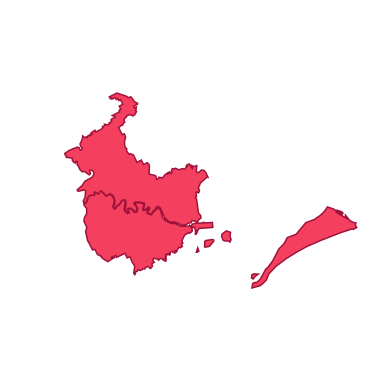 outline of Brisbane, Queensland, Australia, rotated 54°
{"feature_id": "25037944B26487143019559", "entity_name": "Brisbane", "entity_type": "district", "adm_level": 2, "iso_a3": "AUS", "parent_name": "Australia", "parent_adm1": "Queensland", "projection": "mercator", "projection_center": [153.061, -27.341], "detail": "fine", "context": "isolated", "style": "filled", "palette": "rose", "viewbox_px": 384, "rotation_deg": 54, "n_neighbors": 0, "source": "geoboundaries", "source_scale": "gbopen_adm2", "svg_char_len": 6030}
<svg xmlns="http://www.w3.org/2000/svg" viewBox="0 0 384 384"><g transform="rotate(54 192 192)"><path d="M189.5,170.4L184.2,169.4L181.4,169.7L179.7,171.6L180.1,174.5L179.3,176.4L177.7,176.3L173.5,172.6L172.3,175.8L171.2,176.3L172.9,177.9L170.7,177.9L170.0,176.8L169.1,177.8L167.6,177.8L167.1,180.9L168.1,181.6L167.9,180.1L168.5,180.6L169.1,184.8L167.6,185.7L166.3,189.6L163.1,191.4L162.4,193.6L161.7,193.9L161.8,194.9L162.8,196.1L164.3,196.5L164.8,197.7L164.5,198.4L162.6,198.1L162.3,200.1L163.2,200.2L163.0,201.5L162.2,201.4L162.2,204.0L163.3,207.5L160.6,210.1L161.4,211.0L161.1,213.2L157.4,211.8L152.3,216.1L145.1,210.6L142.0,210.9L141.4,215.0L136.3,214.2L135.7,219.1L127.7,217.6L124.8,219.3L124.7,220.8L120.4,220.8L118.7,219.4L116.4,219.7L114.6,219.0L111.3,216.8L108.7,213.5L105.2,212.5L104.3,214.8L96.9,213.5L96.5,210.4L97.2,208.9L95.9,206.9L96.1,205.4L94.0,204.7L92.6,202.6L92.9,201.2L92.0,200.0L92.9,196.7L95.8,194.9L95.8,192.8L94.3,189.6L93.4,189.8L90.6,187.2L90.3,189.0L88.4,188.7L88.9,184.4L88.3,183.8L85.3,185.4L79.1,185.5L78.3,188.0L76.1,188.7L67.8,194.6L66.4,203.0L68.5,203.3L68.7,202.1L69.8,202.2L70.4,198.6L72.7,198.9L72.9,197.2L75.0,197.5L75.3,195.6L80.4,196.4L79.8,200.4L83.4,201.0L83.1,203.1L84.6,203.4L83.3,211.5L86.1,209.8L86.6,211.0L85.7,213.0L86.0,215.2L87.9,215.5L87.4,218.4L88.2,218.5L88.1,220.8L85.9,222.8L86.9,222.9L86.4,226.0L87.5,226.2L87.9,228.4L86.9,234.5L85.0,234.2L84.9,234.8L84.9,239.0L86.4,238.6L85.8,240.1L86.6,240.3L86.4,241.6L85.7,241.5L85.4,242.7L86.3,244.6L85.4,244.4L84.9,246.9L82.4,247.3L85.3,250.5L87.1,254.1L89.1,255.2L92.2,255.2L92.9,256.8L92.3,257.9L89.8,257.3L88.2,258.5L86.2,266.7L86.0,272.2L87.2,272.9L88.4,272.4L90.0,273.4L94.2,269.0L96.0,270.2L98.8,270.2L99.2,269.2L100.0,269.3L99.2,267.6L100.0,266.9L102.7,269.0L103.9,268.6L107.5,269.5L111.1,269.0L112.4,266.8L117.8,265.1L117.6,263.3L114.7,262.4L114.3,261.6L115.7,260.2L118.0,259.9L119.7,260.6L121.4,263.9L120.3,272.1L122.2,277.1L122.8,283.7L124.5,283.8L127.0,278.0L128.4,277.3L133.6,281.8L135.3,285.3L138.5,285.3L138.2,283.4L135.6,280.0L134.6,276.8L135.0,275.7L137.2,272.9L135.2,271.5L134.8,270.6L138.7,268.8L137.5,266.2L137.5,265.4L137.9,264.8L139.0,264.4L144.6,263.7L145.3,259.5L146.0,258.8L148.9,258.0L154.0,259.5L156.4,261.8L157.6,264.4L159.9,264.2L158.8,261.4L159.2,258.2L157.6,254.2L158.4,251.3L159.1,250.5L161.1,251.0L167.7,256.8L171.3,256.2L171.2,255.1L168.0,254.5L167.8,252.9L169.6,250.6L174.8,249.3L174.6,247.7L172.3,245.8L167.5,245.9L166.7,245.2L166.9,243.7L169.1,240.4L172.8,237.3L174.1,237.4L177.4,241.5L178.1,241.5L178.9,240.4L178.4,236.5L179.4,235.4L181.1,236.5L182.2,240.0L185.3,238.7L185.9,237.3L184.6,235.3L184.6,232.8L183.2,229.3L183.6,227.9L186.5,227.0L197.1,229.3L202.9,227.9L206.5,223.3L213.3,219.2L214.7,216.6L215.3,212.3L216.4,211.0L215.1,208.7L219.6,205.0L218.5,203.8L218.3,199.9L216.3,198.9L212.6,199.0L200.5,192.5L198.5,192.5L198.3,191.0L194.8,189.2L194.8,188.1L196.5,187.4L196.1,186.2L195.1,185.0L192.4,184.4L189.6,179.6L188.8,171.2L189.5,170.4ZM231.3,239.6L229.6,240.3L230.4,238.2L229.0,235.2L230.4,234.1L230.3,231.7L227.9,231.4L228.1,229.6L225.5,228.7L223.1,224.4L222.3,221.8L222.9,220.9L222.6,219.1L223.8,218.6L224.0,216.0L223.6,214.5L221.3,213.4L221.1,212.5L221.9,210.7L225.0,211.7L226.0,210.7L226.5,210.8L226.9,210.6L225.6,207.8L232.9,196.0L228.6,193.4L225.4,198.6L223.2,200.7L223.8,201.1L219.7,206.9L218.3,210.2L218.7,212.7L220.7,212.3L220.7,213.5L217.7,213.6L218.1,214.1L213.1,221.4L207.5,224.3L204.8,227.6L199.8,230.3L195.3,230.9L188.6,228.3L184.9,228.4L185.5,235.1L186.7,238.2L183.1,240.9L181.2,239.9L179.7,236.2L179.2,236.8L179.4,240.4L178.5,242.3L177.1,242.3L173.7,237.9L169.9,240.5L167.3,244.9L173.0,245.4L175.1,247.0L175.7,248.8L174.7,250.5L170.3,251.0L169.0,252.1L168.3,253.9L171.9,254.9L171.5,257.1L166.9,257.7L159.7,251.0L158.4,252.4L158.2,254.5L159.8,258.3L159.3,260.6L160.5,263.4L160.2,264.9L157.4,264.9L153.4,259.8L149.5,259.0L145.8,259.3L145.2,263.3L144.4,264.1L137.9,265.0L137.6,265.9L138.8,269.0L135.0,270.8L137.3,272.7L134.9,276.7L135.6,279.6L137.6,281.7L138.7,284.3L138.6,285.4L136.9,285.9L139.4,287.1L143.4,287.0L147.4,289.8L149.4,293.9L151.9,296.5L158.9,298.0L161.6,301.4L169.6,304.9L180.5,306.5L181.3,304.3L187.2,305.2L190.0,303.2L190.6,303.8L191.4,303.2L193.0,303.5L198.9,301.0L199.1,295.7L198.6,296.2L197.4,295.2L197.6,294.3L199.3,294.6L199.5,293.0L198.3,292.3L198.6,291.0L200.6,291.3L202.2,282.3L207.3,283.2L207.7,280.2L213.9,281.7L218.1,281.8L223.6,287.0L225.3,286.8L224.5,285.4L223.3,285.2L224.0,282.9L223.2,281.6L225.0,280.2L225.5,278.1L225.1,277.0L226.6,275.4L225.7,274.0L226.4,271.3L229.4,270.7L229.5,270.0L228.7,267.5L226.5,266.7L226.7,263.8L224.1,264.1L223.2,261.9L225.8,259.5L227.6,259.1L227.1,257.0L228.4,255.4L230.1,255.3L230.2,254.4L231.1,254.8L232.6,253.9L231.4,252.5L230.4,252.9L230.4,252.0L229.1,251.9L229.4,251.1L227.7,250.3L228.2,249.2L227.2,249.7L228.3,247.1L229.8,247.1L229.5,246.0L228.2,245.7L227.9,244.0L228.4,243.1L231.2,242.1L231.3,239.6ZM283.7,117.9L287.4,132.7L284.9,141.7L287.8,147.7L289.2,155.4L295.2,167.3L297.7,175.2L297.6,177.3L302.7,188.2L303.2,192.7L301.9,194.8L301.8,196.8L304.9,199.9L307.8,192.1L307.8,189.2L306.9,183.5L303.5,178.2L301.5,167.9L301.3,154.6L302.2,142.5L303.6,131.3L306.8,116.6L312.3,95.5L316.1,83.9L317.0,83.6L317.6,79.6L314.8,79.4L313.3,77.5L311.6,79.3L307.9,81.1L299.8,81.5L301.5,81.4L302.2,82.3L303.6,81.5L304.9,82.1L305.9,81.7L292.3,87.6L298.2,84.0L298.2,82.9L297.1,83.2L292.0,86.7L295.4,83.1L297.8,82.2L296.7,82.2L292.7,84.7L290.9,86.8L288.7,87.6L283.7,91.2L285.5,96.2L286.3,102.0L286.2,109.0L283.7,117.9ZM243.6,187.1L243.7,192.4L245.1,194.0L249.0,195.2L250.7,194.4L253.0,191.4L254.8,190.7L253.5,188.4L250.1,187.2L247.3,184.5L243.6,187.1ZM239.3,209.4L239.6,210.8L243.7,214.1L244.4,213.8L246.2,209.9L244.6,203.4L243.5,202.7L242.4,203.5L239.3,209.4ZM294.1,192.1L296.6,194.4L298.3,193.7L297.4,190.4L297.4,186.7L294.8,189.7L294.1,192.1ZM243.8,221.1L240.6,220.2L243.2,223.9L243.9,223.1L243.8,221.1ZM228.5,213.3L227.0,210.6L225.2,211.8L228.2,214.1L228.5,213.3Z" fill="#f43f5e" stroke="#9f1239" stroke-width="1.5"/></g></svg>